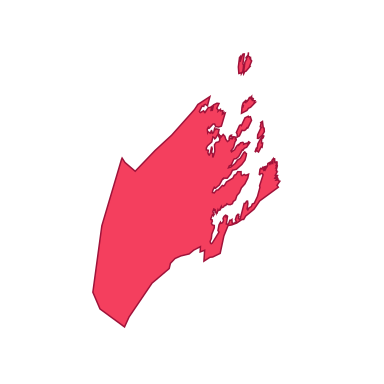 outline of Osen nor, Sør-Trøndelag, Norway, rotated 113°
{"feature_id": "86288312B40278854732862", "entity_name": "Osen nor", "entity_type": "district", "adm_level": 2, "iso_a3": "NOR", "parent_name": "Norway", "parent_adm1": "Sør-Trøndelag", "projection": "natural_earth1", "projection_center": [10.507, 64.296], "detail": "fine", "context": "isolated", "style": "filled", "palette": "rose", "viewbox_px": 384, "rotation_deg": 113, "n_neighbors": 0, "source": "geoboundaries", "source_scale": "gbopen_adm2", "svg_char_len": 6095}
<svg xmlns="http://www.w3.org/2000/svg" viewBox="0 0 384 384"><g transform="rotate(113 192 192)"><path d="M342.6,201.4L331.5,201.1L291.5,193.2L271.4,183.1L266.1,184.0L259.9,181.7L255.2,177.3L250.1,170.4L244.8,167.7L239.0,162.9L244.0,161.1L240.7,157.6L251.0,154.0L245.1,150.0L243.7,147.5L237.5,142.1L219.9,145.5L208.8,145.7L206.8,142.6L203.1,138.7L197.8,135.3L197.1,133.7L193.2,133.2L183.6,128.2L173.7,126.2L153.9,114.4L152.6,116.4L147.9,115.4L148.1,116.0L147.1,117.0L148.2,119.1L145.9,118.3L145.3,119.4L145.8,119.9L143.4,119.7L143.6,120.5L146.9,120.3L147.0,121.2L145.0,120.8L144.1,121.2L144.1,121.9L140.4,121.5L140.6,121.9L139.3,122.3L139.3,122.9L135.8,123.5L136.5,124.1L133.9,124.0L133.6,124.5L135.7,125.0L132.2,124.9L131.1,125.6L131.4,126.2L133.1,126.6L131.9,126.7L132.4,127.3L128.6,129.2L130.2,129.1L129.7,129.7L131.2,129.8L129.9,130.3L131.7,130.8L132.5,130.3L132.6,129.2L133.7,129.0L133.4,129.4L133.9,129.6L132.9,129.9L133.4,130.9L136.1,131.1L135.4,132.1L134.6,132.1L136.1,133.3L138.3,132.7L140.0,132.8L139.1,133.1L140.1,133.8L140.9,133.5L140.7,133.1L143.6,133.3L143.5,133.9L144.1,134.3L143.6,134.9L139.6,134.0L140.9,135.5L141.9,135.3L141.6,136.5L143.5,136.7L143.3,137.9L144.5,138.3L149.5,136.9L149.6,136.3L148.6,136.3L147.5,134.5L148.4,133.3L160.0,132.2L161.1,131.3L170.5,130.0L178.0,130.3L179.5,131.8L182.2,131.7L184.5,133.4L186.7,133.6L186.1,134.7L180.9,136.0L178.7,137.3L179.2,138.2L181.6,138.4L182.1,139.5L197.7,137.2L198.6,137.7L198.0,139.1L196.0,139.2L195.7,140.0L194.4,140.2L194.5,141.0L196.4,141.7L200.5,141.3L202.2,139.4L202.8,139.5L203.2,140.5L204.3,140.4L204.9,142.9L201.7,144.5L202.7,145.0L203.2,146.1L206.9,145.9L207.7,146.5L208.0,147.9L200.5,149.8L200.3,150.3L201.4,150.9L200.2,151.4L200.2,152.1L202.1,153.0L204.3,153.1L206.1,151.8L208.3,151.9L209.6,153.1L208.7,154.0L211.6,154.3L217.3,153.1L218.4,151.5L231.2,153.4L232.1,154.1L232.0,154.8L230.5,156.0L227.3,156.0L223.0,157.3L216.3,157.5L214.1,158.4L214.4,160.4L213.2,161.9L211.0,161.8L209.7,162.7L210.0,163.8L209.6,164.2L205.1,164.3L205.3,163.9L204.6,163.4L205.1,163.0L203.8,162.9L202.1,165.1L199.1,165.3L199.2,163.9L200.3,163.9L200.2,163.3L201.4,162.9L201.1,162.4L202.3,161.3L201.4,161.4L201.5,160.7L198.3,161.1L198.9,160.5L197.3,159.0L196.7,159.1L197.0,159.5L193.8,159.4L194.9,158.5L193.4,157.1L191.8,156.8L191.3,155.7L189.2,155.3L189.4,153.8L188.7,151.8L187.0,150.3L184.6,150.3L182.2,148.9L177.7,149.3L174.0,148.1L168.9,148.2L163.9,146.5L157.3,146.1L153.5,146.9L155.7,149.1L155.4,150.8L157.4,152.3L156.9,153.5L154.1,154.8L155.4,157.8L158.9,158.4L159.9,159.6L163.3,159.8L169.3,164.2L173.3,164.7L174.1,165.2L173.9,166.3L174.4,166.7L179.8,168.7L180.8,170.2L184.2,171.2L184.5,173.0L182.5,173.5L178.2,173.3L179.6,173.1L179.5,172.0L174.9,169.6L167.8,168.9L167.0,168.4L167.3,168.0L166.7,167.9L165.5,164.9L160.3,163.4L156.2,163.3L153.7,160.0L147.2,156.9L141.9,155.7L137.3,156.3L135.4,156.9L135.1,158.9L134.0,158.8L135.6,159.7L142.2,160.7L144.8,162.6L149.0,163.5L153.9,166.0L155.5,167.9L153.4,167.9L151.8,166.4L146.0,166.4L144.9,166.0L144.1,164.4L141.1,162.9L133.6,162.1L133.6,161.4L131.3,160.9L129.5,159.2L123.9,158.1L123.6,159.5L126.0,160.1L125.8,161.0L127.7,162.9L127.2,162.9L126.4,164.6L127.7,166.5L130.7,167.3L130.3,167.9L132.3,168.8L136.5,169.3L139.6,171.3L138.8,172.2L134.8,171.2L129.2,172.0L126.8,171.6L126.0,172.0L126.2,172.9L124.4,172.9L124.8,175.2L126.5,175.6L125.0,177.0L127.4,176.0L127.9,178.0L128.4,178.1L127.6,178.8L126.5,178.8L125.5,177.6L124.2,177.8L124.5,178.3L126.0,179.1L127.9,178.9L130.0,178.0L131.7,179.1L130.3,181.5L127.8,183.6L127.3,185.5L126.2,185.6L129.9,186.7L129.2,186.9L129.2,188.4L128.0,190.3L129.0,190.3L130.8,188.8L130.8,188.1L133.4,186.7L135.3,186.9L137.0,189.2L139.7,189.8L145.5,186.9L151.4,186.3L151.5,186.7L148.8,187.7L148.2,189.4L144.4,190.2L142.5,191.7L148.8,190.4L151.2,190.5L151.2,191.2L149.7,192.7L147.2,193.2L147.6,195.3L145.8,196.0L143.4,195.8L138.2,193.4L133.1,194.3L133.4,192.6L134.2,191.9L133.5,191.4L128.4,190.6L123.9,191.5L124.4,194.2L126.2,195.4L123.6,196.2L128.2,195.4L130.0,195.9L129.9,196.7L128.2,197.4L128.0,198.1L130.7,198.2L130.2,200.9L131.0,200.9L128.2,202.5L126.4,202.3L127.0,201.9L126.7,201.2L121.2,199.2L120.6,197.7L122.5,195.8L121.8,192.9L119.9,190.7L106.3,192.3L107.5,193.5L106.6,193.8L108.2,194.5L105.1,195.4L106.1,197.3L104.8,198.1L107.3,199.5L106.4,199.6L105.3,201.9L100.0,201.7L100.5,203.7L103.4,206.2L108.9,205.2L109.5,206.4L105.2,207.1L107.1,208.3L107.8,210.0L113.3,211.0L113.0,211.3L113.8,211.6L112.7,213.1L115.6,215.2L115.6,215.8L114.9,216.7L109.0,216.3L108.6,214.6L107.0,214.9L106.1,214.0L106.6,211.5L97.2,212.8L109.1,220.8L115.2,221.9L147.6,232.9L168.2,242.2L195.1,252.4L191.0,265.3L188.1,269.6L189.6,269.6L258.3,261.8L323.0,244.1L335.6,231.0L342.6,201.4ZM59.7,189.5L53.6,187.6L53.6,188.2L48.0,188.3L47.3,189.6L45.7,190.5L46.3,190.8L45.2,191.5L44.9,193.3L41.4,194.6L45.4,193.5L47.5,194.1L46.2,194.5L47.2,194.8L48.6,193.6L51.8,194.0L56.1,192.9L56.6,193.6L55.0,194.1L54.2,195.2L44.5,197.8L45.0,198.9L47.6,199.1L53.5,198.7L48.4,200.4L49.7,200.8L58.8,198.2L64.6,195.2L63.0,193.2L63.8,192.8L60.7,192.5L56.7,193.4L56.4,192.7L62.0,191.4L63.1,190.6L60.5,190.5L59.7,189.5ZM111.3,165.6L102.8,165.2L99.9,167.7L101.0,169.2L100.3,169.8L103.0,172.2L111.6,172.5L111.4,173.8L112.6,174.3L120.0,174.4L120.9,173.2L123.6,171.7L121.8,170.3L115.7,170.1L115.1,168.0L113.9,167.0L110.5,166.2L111.6,166.0L111.3,165.6ZM91.1,171.2L85.0,168.8L85.5,169.6L83.4,169.6L84.1,172.0L82.2,172.0L82.0,172.7L83.5,173.0L83.3,173.6L80.8,174.5L82.7,175.1L82.1,175.5L82.6,176.1L86.1,176.3L85.3,176.6L86.9,176.6L86.8,177.5L88.7,177.4L88.7,178.5L87.7,178.7L89.9,179.7L92.4,179.5L92.4,178.5L93.7,178.4L93.4,179.3L94.5,179.1L100.2,177.2L95.5,173.3L92.9,172.8L91.1,171.2ZM116.8,151.8L112.5,149.6L108.2,149.0L105.0,150.6L104.9,151.6L99.5,154.7L101.3,155.9L101.9,155.2L105.3,154.7L105.4,153.6L113.7,153.9L117.0,152.7L116.8,151.8ZM128.6,148.9L129.2,146.4L123.3,145.9L123.4,145.0L119.3,146.1L119.8,147.2L116.0,148.6L114.4,147.7L111.8,147.8L116.5,149.7L121.8,150.2L126.1,149.1L127.5,149.1L125.9,149.5L126.4,149.9L130.0,149.7L130.1,149.2L128.6,148.9Z" fill="#f43f5e" stroke="#9f1239" stroke-width="1.5"/></g></svg>